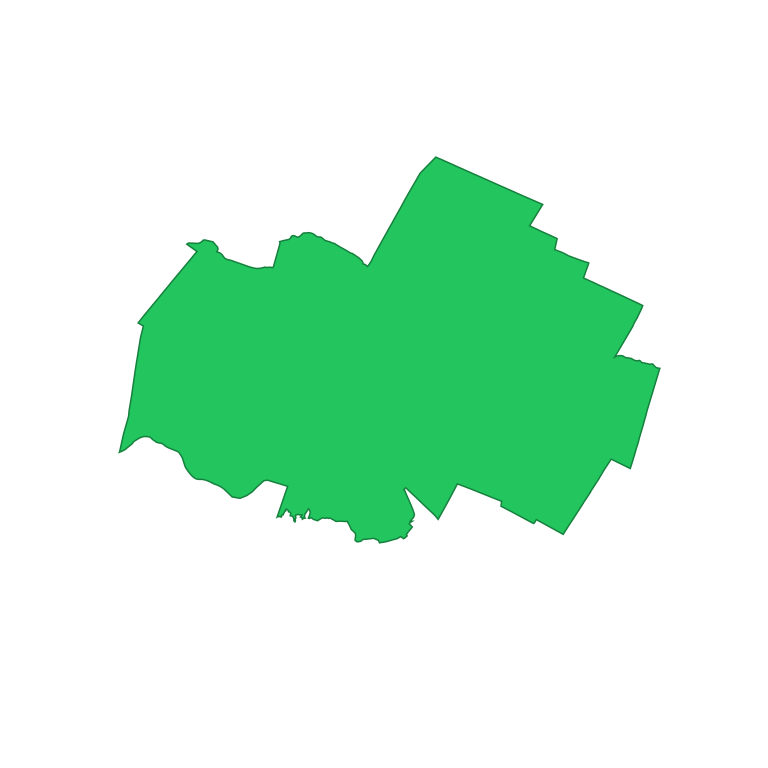 Vacaresti, Dâmbovita, Romania (Robinson projection), rotated 330°
{"feature_id": "2599482B45717783963826", "entity_name": "Vacaresti", "entity_type": "district", "adm_level": 2, "iso_a3": "ROU", "parent_name": "Romania", "parent_adm1": "Dâmbovita", "projection": "robinson", "projection_center": [25.508, 44.844], "detail": "fine", "context": "isolated", "style": "filled", "palette": "green", "viewbox_px": 768, "rotation_deg": 330, "n_neighbors": 0, "source": "geoboundaries", "source_scale": "gbopen_adm2", "svg_char_len": 6123}
<svg xmlns="http://www.w3.org/2000/svg" viewBox="0 0 768 768"><g transform="rotate(330 384 384)"><path d="M464.0,603.8L473.6,598.8L477.4,596.9L480.6,595.3L484.3,593.4L496.3,587.2L499.6,585.4L500.8,584.9L502.4,584.1L508.1,581.2L508.4,581.1L508.3,580.9L509.8,580.1L523.4,573.2L524.1,572.7L531.8,568.4L543.2,562.7L555.0,580.3L558.0,577.6L565.1,571.0L570.6,565.7L574.6,562.1L579.2,557.4L587.8,549.3L591.8,545.3L595.4,541.9L598.5,538.6L604.6,532.9L628.6,510.3L629.7,509.2L630.4,508.6L630.7,508.4L629.8,507.6L628.9,506.9L628.1,506.0L627.6,505.1L627.4,504.4L627.0,502.7L626.8,501.4L626.2,500.6L625.1,500.2L624.1,499.8L623.4,499.3L622.7,498.4L620.9,496.9L620.2,496.2L619.2,495.3L618.3,494.8L618.0,494.1L617.5,492.4L617.1,491.4L616.3,491.0L614.8,490.7L614.3,489.9L613.5,489.5L612.8,488.8L611.8,487.1L610.9,485.5L609.0,483.9L607.0,482.3L605.9,481.2L605.2,479.5L603.6,478.0L601.6,476.9L599.0,476.1L597.4,476.0L628.3,458.5L628.5,458.3L628.8,458.1L629.6,457.5L630.2,457.0L631.0,456.4L632.0,455.8L634.3,454.5L635.8,453.6L637.5,452.5L639.5,451.1L643.8,448.2L646.5,446.1L647.3,445.5L645.8,443.2L631.3,422.3L626.7,415.9L622.4,409.7L619.9,406.3L616.6,401.5L611.8,394.8L610.0,392.2L609.9,391.8L612.4,389.7L616.1,386.5L621.7,381.8L621.8,381.6L621.7,381.3L621.6,381.1L619.4,378.9L617.6,376.8L615.5,374.4L610.5,368.4L607.5,364.7L607.1,364.0L606.6,363.0L605.6,361.4L604.2,359.4L600.7,355.0L599.6,353.6L599.0,353.1L599.7,352.3L601.4,350.4L606.6,344.7L606.4,344.3L601.2,336.9L597.0,331.1L590.5,321.7L589.2,319.8L589.4,319.7L610.8,308.1L611.2,307.9L594.7,285.5L594.6,285.3L583.9,270.6L583.7,270.4L567.9,248.6L567.7,248.4L553.9,229.3L553.8,229.1L542.3,213.4L530.9,216.6L520.7,219.5L498.0,232.6L497.8,232.8L494.3,234.8L488.7,238.3L483.0,241.7L476.9,245.3L471.3,248.7L464.5,252.7L461.7,254.4L454.6,258.6L445.8,263.9L441.9,266.3L441.5,266.5L439.7,267.6L434.6,271.1L430.5,273.2L428.5,274.0L428.1,272.8L427.7,271.8L427.2,270.7L426.0,269.8L426.5,268.1L426.5,266.4L426.1,264.6L425.1,261.7L424.5,260.6L423.3,258.0L421.7,254.9L420.5,253.9L419.4,251.7L416.5,246.7L414.4,243.3L412.2,239.2L411.6,238.2L411.6,237.8L409.6,235.8L408.8,234.6L407.7,233.3L406.6,232.2L405.0,230.5L404.4,229.5L404.0,228.1L403.5,226.7L403.1,225.7L402.5,225.0L401.3,224.2L400.4,223.7L399.8,223.1L399.1,221.6L398.5,220.0L397.5,218.2L396.1,216.6L394.8,215.5L394.1,215.1L392.9,214.7L391.4,213.8L390.0,213.1L389.7,213.0L388.9,213.0L387.2,213.5L385.0,214.0L383.7,213.9L382.9,213.8L382.4,213.6L380.7,211.0L379.9,210.3L379.0,209.9L377.9,209.8L377.3,210.0L375.9,210.9L375.2,211.2L374.0,211.2L372.4,210.8L371.1,210.3L368.5,209.5L365.9,208.8L365.1,208.6L364.8,208.5L364.6,209.3L364.2,210.2L360.7,213.7L346.3,227.7L346.2,227.6L345.3,227.1L343.1,225.5L341.6,224.9L340.7,224.5L340.0,223.7L339.2,223.2L338.3,223.0L335.9,222.3L334.1,221.6L332.2,220.7L330.8,219.8L329.5,218.7L326.3,215.6L324.5,213.5L317.9,205.8L313.1,200.2L310.2,197.5L308.9,195.3L308.4,190.8L307.3,188.1L305.3,186.0L307.7,184.3L308.3,182.4L307.0,175.4L300.8,169.6L299.1,169.0L297.9,169.6L295.0,169.7L292.8,169.0L285.5,164.3L283.7,164.2L283.1,164.3L288.3,175.8L287.6,176.0L284.7,177.0L281.1,178.4L277.3,179.8L249.8,189.9L247.1,191.0L241.3,193.1L238.5,194.2L233.1,196.2L232.2,196.6L222.3,200.2L221.9,200.4L211.1,204.4L210.0,204.8L209.5,205.1L208.3,205.5L201.6,208.2L204.6,213.5L196.4,222.0L182.3,239.3L179.7,242.4L174.0,249.6L173.7,250.0L173.4,250.3L173.2,250.6L172.0,252.1L163.6,262.8L161.3,265.7L160.4,266.9L150.2,279.3L146.6,284.3L133.3,297.2L121.6,310.0L120.7,310.8L124.3,311.3L127.3,311.3L129.9,310.8L135.4,310.0L138.9,308.7L145.3,308.5L148.1,309.0L149.9,309.5L150.9,310.1L152.6,311.1L154.2,312.4L155.2,314.0L155.8,316.3L157.0,318.8L157.7,320.4L158.5,321.4L159.9,322.8L161.7,324.0L162.8,326.2L163.4,327.9L164.3,329.7L165.4,331.5L167.3,333.9L169.1,336.2L171.4,339.1L172.2,340.9L172.4,344.4L172.4,347.0L172.2,348.5L171.7,350.0L171.5,351.7L171.1,353.0L170.6,355.4L170.4,358.2L170.6,360.0L170.6,360.9L171.0,363.8L171.5,366.8L172.0,368.4L172.6,370.0L173.7,372.1L175.9,374.0L178.9,375.7L181.1,377.7L183.3,380.2L184.8,382.4L186.6,385.3L189.1,388.2L191.0,391.0L192.7,394.3L193.7,397.7L194.9,401.8L196.0,405.9L202.2,411.0L209.3,412.0L215.9,411.5L222.3,409.7L231.7,407.7L235.1,409.1L249.4,424.4L224.9,445.8L225.9,445.8L226.8,446.2L228.3,447.8L229.0,447.7L229.6,446.5L230.6,446.5L231.2,446.9L232.4,446.0L234.5,444.7L235.6,444.7L235.5,444.1L236.2,443.5L237.1,443.8L237.7,444.6L237.7,445.2L237.8,446.3L237.4,446.8L237.5,447.1L238.1,447.6L238.7,448.6L238.5,449.3L236.9,451.2L238.1,452.3L238.7,452.9L238.6,455.2L238.1,456.3L237.6,457.4L237.6,458.3L237.9,458.9L238.9,458.2L239.4,456.6L240.4,456.2L241.1,455.3L241.3,453.9L242.3,453.4L242.8,453.6L244.1,454.0L244.7,454.3L245.6,455.2L246.6,455.6L247.5,456.4L247.3,456.6L246.7,456.9L245.2,457.4L245.8,457.9L246.0,458.6L246.0,459.4L245.7,460.3L246.3,460.3L247.0,459.8L247.7,460.3L248.6,460.7L248.6,459.4L249.4,458.4L250.8,456.9L252.5,456.3L254.1,455.4L256.0,454.3L256.4,455.1L256.3,457.0L255.8,458.5L253.7,460.6L251.4,462.3L252.0,463.1L253.3,463.1L254.2,463.7L255.3,466.1L256.6,467.5L258.1,469.2L259.9,469.1L262.5,469.1L263.4,469.0L264.6,469.7L265.6,470.7L266.5,471.2L267.5,471.2L268.8,472.7L269.4,472.8L270.3,473.1L270.7,473.6L271.4,475.2L272.7,477.0L273.5,478.7L274.3,479.4L276.7,480.4L278.7,481.7L281.1,483.3L282.2,484.0L283.7,484.6L283.4,485.7L283.4,489.3L283.1,491.9L282.9,493.8L283.8,496.2L284.5,499.4L283.2,501.7L280.8,504.8L281.7,507.2L284.5,508.4L286.0,508.6L287.8,508.0L291.0,509.5L293.9,510.8L297.8,512.4L301.0,516.7L300.7,519.3L306.5,521.5L318.1,524.5L322.1,524.5L323.7,527.8L325.5,527.7L328.1,527.1L328.2,525.5L331.4,524.1L335.0,522.8L337.0,521.9L336.8,520.8L335.9,517.7L337.9,517.0L339.9,517.0L338.2,515.9L343.1,514.2L345.0,512.4L345.6,510.1L346.3,506.2L346.9,502.0L348.1,491.1L348.8,485.8L348.4,485.5L349.6,484.9L350.4,484.8L351.1,485.1L351.4,486.3L352.5,490.0L353.5,493.4L354.7,497.1L358.3,509.7L359.5,513.6L362.2,522.6L362.5,524.0L363.2,528.3L380.2,518.1L385.4,514.9L397.6,507.2L403.7,514.6L409.9,522.4L414.2,527.9L427.2,544.4L424.2,548.3L430.3,557.9L442.5,577.6L443.8,579.6L445.0,579.4L448.1,577.6L453.4,586.3L464.0,603.8Z" fill="#22c55e" stroke="#15803d" stroke-width="1.5"/></g></svg>